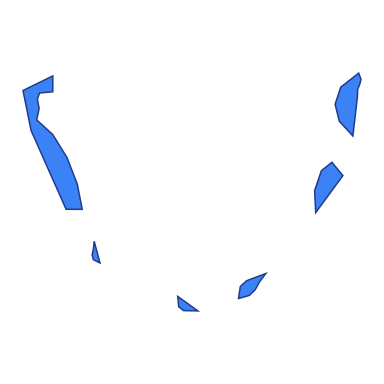 Addu, orthographic projection
{"feature_id": "MDV-5243", "entity_name": "Addu", "entity_type": "City", "adm_level": 1, "iso_a3": "MDV", "parent_name": "Maldives", "parent_adm1": "", "projection": "orthographic", "projection_center": [73.171, -0.633], "detail": "fine", "context": "isolated", "style": "filled", "palette": "blue", "viewbox_px": 384, "rotation_deg": 0, "n_neighbors": 0, "source": "natural_earth", "source_scale": "10m", "svg_char_len": 705}
<svg xmlns="http://www.w3.org/2000/svg" viewBox="0 0 384 384"><path d="M36.7,119.9L52.8,134.6L66.9,157.4L77.3,184.1L82.2,209.3L66.1,209.3L31.1,130.6L23.0,90.5L52.8,75.9L52.8,91.8L39.5,93.0L37.4,99.1L39.1,108.4L39.1,108.6L36.7,119.9ZM357.5,96.1L352.9,136.0L339.3,121.3L335.1,104.2L340.8,87.1L358.7,73.1L361.0,79.4L359.7,84.4L357.6,89.5L357.5,96.1ZM342.9,175.6L315.7,212.6L314.6,190.6L321.4,170.7L331.9,162.3L342.9,175.6ZM265.8,273.5L259.5,281.9L255.3,289.6L249.4,295.4L238.5,298.5L240.3,286.5L246.6,280.7L265.8,273.5ZM177.7,296.4L197.9,310.9L183.6,310.6L178.7,306.7L177.7,296.4ZM94.2,241.3L100.0,263.0L93.4,259.7L92.1,255.0L93.4,249.0L94.2,241.3Z" fill="#3b82f6" stroke="#1e3a8a" stroke-width="1.5"/></svg>